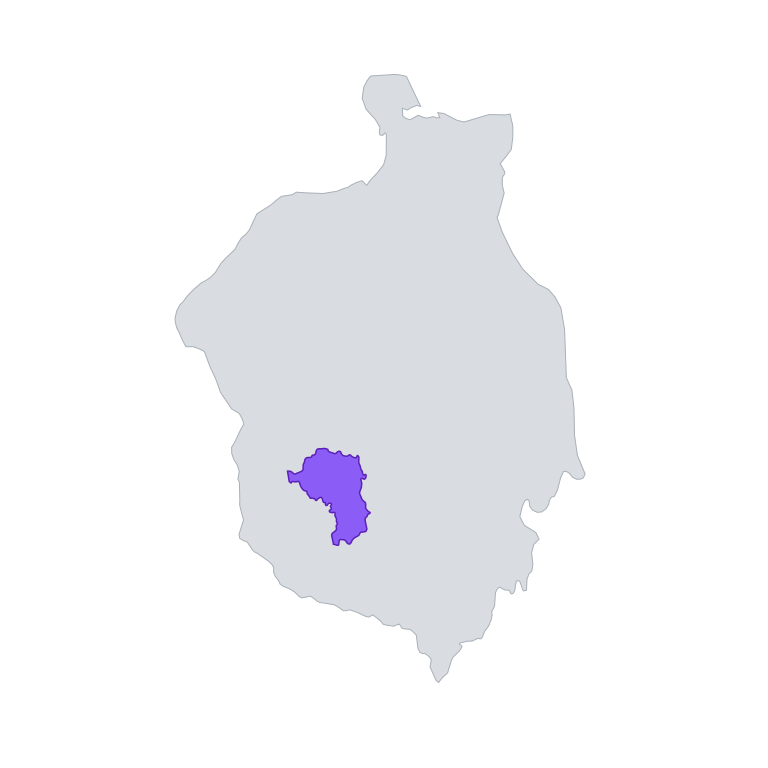 Cluj on a map of Romania (Equal Earth projection), rotated 257°
{"feature_id": "ROU-296", "entity_name": "Cluj", "entity_type": "County", "adm_level": 1, "iso_a3": "ROU", "parent_name": "Romania", "parent_adm1": "", "projection": "equal_earth", "projection_center": [23.487, 46.867], "detail": "fine", "context": "in_parent", "style": "filled", "palette": "violet", "viewbox_px": 768, "rotation_deg": 257, "n_neighbors": 0, "source": "natural_earth", "source_scale": "10m", "svg_char_len": 6802}
<svg xmlns="http://www.w3.org/2000/svg" viewBox="0 0 768 768"><g transform="rotate(257 384 384)"><path d="M590.8,424.4L597.8,433.0L606.5,437.6L626.5,442.4L628.2,441.8L628.4,440.9L627.0,439.7L626.7,438.1L627.6,436.1L630.4,436.0L634.9,437.8L643.4,435.2L655.7,428.4L667.2,427.0L677.9,431.1L683.4,435.8L687.1,440.3L686.2,445.8L685.6,449.3L683.3,463.6L681.6,469.0L678.7,475.0L646.1,482.2L648.1,478.7L647.2,472.7L645.7,468.1L648.6,464.0L641.2,462.5L638.0,464.8L635.6,468.7L638.1,477.8L634.7,482.8L633.4,485.6L633.4,492.3L631.4,495.1L631.1,498.3L636.3,497.5L634.1,503.2L624.6,514.3L621.3,520.9L622.9,547.1L618.9,562.8L618.7,567.5L608.2,567.6L605.0,567.3L595.0,564.9L583.8,560.7L577.0,552.6L572.7,546.8L563.3,549.4L561.5,548.7L558.9,545.9L551.7,544.0L542.9,544.0L523.0,533.4L520.8,531.6L505.3,533.4L482.2,538.7L464.6,545.1L446.5,556.6L439.2,565.4L430.6,570.1L418.4,573.5L396.5,572.2L373.6,567.8L349.1,563.1L335.9,565.7L318.0,563.7L291.0,558.1L270.9,556.4L251.1,559.7L247.8,557.2L247.1,554.2L247.9,550.1L250.7,546.8L255.5,544.3L258.0,541.8L258.3,539.2L252.9,535.0L241.9,529.3L237.4,525.7L236.3,524.8L236.0,521.6L233.7,519.1L229.5,517.3L226.2,514.0L223.9,509.1L224.4,504.6L227.7,500.3L232.0,498.5L237.2,499.1L239.4,497.9L238.5,494.9L233.5,491.1L224.2,486.5L214.7,489.0L205.0,498.6L198.0,500.2L193.8,493.7L186.2,489.8L175.4,488.6L168.7,486.1L166.2,482.3L161.5,479.4L151.0,476.4L150.9,473.5L152.6,472.8L156.3,472.5L161.3,471.9L162.2,470.2L162.2,468.7L158.3,466.8L154.3,465.4L152.3,464.1L151.0,462.7L150.7,461.2L151.9,460.1L153.5,460.1L155.1,459.2L156.0,455.7L158.2,452.8L159.8,451.7L159.7,449.6L158.1,447.6L155.9,445.9L152.8,444.8L142.8,441.8L137.8,437.6L134.8,437.5L129.9,435.2L124.7,431.5L120.2,426.3L115.4,423.0L114.1,421.6L114.0,420.3L114.9,418.9L114.9,417.3L113.7,412.2L114.7,406.9L114.5,401.9L114.5,399.6L113.6,398.9L112.7,399.7L111.5,400.7L110.3,400.8L106.7,397.2L102.3,389.7L99.2,387.3L93.2,383.8L88.2,381.0L84.7,374.8L80.9,370.0L83.5,368.0L98.0,365.2L104.7,368.0L107.7,366.9L110.7,364.7L112.4,362.9L112.7,361.0L114.2,358.7L119.1,357.6L132.0,359.0L137.3,355.7L139.2,353.9L140.4,349.9L141.8,346.7L146.5,345.0L146.5,342.1L145.8,338.9L148.6,331.9L150.2,329.0L152.9,327.9L156.1,325.7L161.6,321.1L160.3,317.0L161.5,314.1L167.3,306.8L171.7,299.8L171.6,296.3L172.3,293.3L176.2,290.0L180.2,285.6L185.7,272.1L187.6,269.8L191.1,267.2L193.7,264.7L194.1,255.8L196.5,253.2L201.2,250.3L205.8,245.7L209.6,240.3L212.5,237.7L216.4,237.0L220.6,234.9L225.2,234.1L229.7,235.1L232.6,234.6L236.9,232.0L248.0,222.0L249.5,220.0L251.8,218.6L260.8,215.2L263.0,211.8L266.1,208.7L270.1,208.9L283.0,216.5L296.8,216.1L299.4,216.3L300.2,216.5L301.9,217.1L320.3,220.9L323.2,220.5L324.0,220.2L331.4,223.3L337.9,222.9L344.2,220.7L350.7,220.0L356.6,221.3L361.2,225.7L373.0,235.0L376.6,238.5L382.0,238.0L387.9,236.3L393.9,230.0L412.3,222.9L426.5,221.2L440.2,218.3L456.2,216.3L460.7,210.5L463.2,206.6L464.9,199.3L473.4,197.2L481.6,195.7L484.5,194.8L490.4,194.5L495.0,195.1L502.2,198.7L507.3,203.2L509.4,206.8L513.8,211.9L518.5,219.0L523.6,228.5L524.8,233.3L526.8,238.5L530.7,244.9L537.9,251.9L538.9,253.2L542.3,258.2L548.7,269.1L554.0,273.5L558.7,278.3L561.0,283.2L564.4,287.5L572.1,293.4L578.5,298.6L583.8,313.9L587.5,320.9L589.9,326.3L589.1,337.1L590.6,341.8L588.0,350.3L583.3,367.5L582.4,381.2L583.5,388.6L583.8,393.4L585.1,396.4L586.6,402.7L587.0,408.1L585.2,409.7L582.6,411.0L581.6,412.1L584.1,414.6L587.5,419.2L590.8,424.4Z" fill="#d9dde1" stroke="#a8b0b8" stroke-width="1"/><path d="M320.8,270.4L320.2,272.8L319.6,273.7L318.8,274.5L316.7,276.0L316.3,276.9L316.3,277.8L316.6,278.7L317.3,283.2L317.6,284.2L318.0,285.0L318.7,285.7L319.5,286.1L323.1,287.0L324.1,287.5L325.4,288.6L326.1,289.0L327.5,289.6L328.5,290.2L329.3,291.3L329.6,292.3L329.5,293.4L329.2,294.4L329.1,295.4L329.0,296.6L329.5,297.2L330.6,297.9L330.8,298.4L330.6,299.0L330.5,299.6L330.6,300.6L331.1,301.2L331.9,301.8L334.1,302.9L335.3,304.0L335.6,305.1L335.5,306.4L335.1,307.6L334.7,310.9L334.4,312.0L333.0,314.5L331.0,314.7L330.5,315.2L329.8,316.0L327.4,320.1L327.2,321.0L327.2,321.7L327.5,322.3L328.1,322.9L328.5,323.7L328.6,325.1L328.2,326.0L327.6,326.5L325.3,326.9L324.5,327.2L323.4,328.2L322.8,329.3L322.1,331.0L322.0,332.0L322.2,332.7L322.5,333.4L322.7,334.1L322.6,335.0L322.2,335.4L320.9,336.2L320.0,337.0L318.8,338.7L318.5,339.7L318.8,340.7L320.3,341.9L319.8,342.6L318.7,343.0L317.9,343.0L313.9,341.9L312.7,341.7L310.3,342.2L309.4,342.3L306.5,342.3L305.9,342.4L304.7,342.9L303.9,343.1L300.9,343.1L300.2,343.3L299.8,343.7L299.8,344.2L300.0,344.7L300.1,345.3L300.0,345.7L299.5,346.0L298.6,345.9L297.6,345.6L296.3,344.8L295.8,344.0L295.7,343.3L296.0,342.7L296.6,342.0L297.0,341.2L297.0,340.5L296.6,340.1L295.9,339.8L293.9,340.0L292.7,340.0L291.3,339.7L288.2,338.6L284.6,336.2L283.7,335.8L282.6,335.6L276.2,336.7L273.9,338.2L273.3,338.8L272.7,339.1L271.9,339.2L270.8,339.1L267.9,338.3L266.7,338.3L266.1,338.5L263.5,339.9L263.0,340.3L262.4,341.2L261.9,341.5L261.4,341.4L261.0,340.8L260.9,340.3L260.8,339.3L260.5,338.9L259.9,338.4L259.1,337.9L258.6,337.4L258.2,336.9L257.6,335.8L256.8,335.3L255.3,334.9L246.4,334.7L244.4,333.1L244.5,330.1L244.8,328.0L244.5,327.4L243.9,326.8L243.2,326.4L242.6,325.9L242.0,324.9L240.9,321.1L240.1,319.4L239.3,318.2L236.8,316.2L236.0,315.2L235.8,314.5L236.0,313.8L236.3,313.2L236.9,312.7L237.6,312.2L239.9,311.3L240.5,310.9L240.9,310.3L241.3,309.7L241.6,308.8L241.9,307.8L242.2,306.3L241.8,305.5L241.1,304.9L237.8,303.8L237.3,303.4L237.2,302.9L237.4,302.1L238.8,299.7L239.3,298.6L240.0,298.8L247.6,298.9L248.7,299.1L249.4,299.5L250.0,299.9L250.5,300.7L251.6,303.1L252.3,304.2L252.9,304.9L253.7,305.2L256.1,305.4L256.7,305.6L257.1,305.9L257.4,306.4L257.7,306.8L258.2,307.0L258.8,307.1L260.2,306.8L261.0,306.8L261.7,306.9L262.4,307.2L263.3,307.3L264.4,307.2L265.6,306.8L266.6,306.6L267.3,306.7L268.7,307.2L269.5,307.2L270.1,306.8L270.3,306.2L270.2,305.5L270.2,304.8L270.4,304.3L271.2,302.7L271.7,302.2L272.4,302.1L273.0,302.4L273.4,303.0L273.8,304.3L274.1,304.6L274.7,304.8L276.0,304.4L276.7,304.3L277.2,304.5L277.6,304.9L278.0,305.4L278.5,305.8L279.1,305.7L279.6,305.4L280.2,304.2L280.2,303.5L279.9,302.7L279.3,302.1L278.7,301.5L278.5,300.8L278.7,300.2L279.7,299.8L280.3,299.9L281.4,300.2L281.8,300.1L282.0,299.0L282.3,298.5L283.0,298.2L283.8,298.1L285.2,298.1L286.0,298.0L287.0,297.8L287.6,297.3L287.8,296.5L287.7,295.9L287.2,294.1L286.9,293.5L286.0,292.6L285.8,292.1L285.9,291.5L286.2,291.1L287.5,290.8L287.9,290.5L288.0,290.1L288.5,289.2L288.9,288.4L289.0,287.7L289.1,287.0L289.4,286.5L292.3,285.5L293.7,284.7L294.5,284.5L295.2,284.5L295.9,284.7L296.5,284.7L297.0,284.4L297.5,283.4L298.0,282.4L299.0,281.4L301.2,280.4L303.3,279.8L307.0,279.4L308.0,279.1L308.5,278.3L308.4,276.8L308.7,275.2L309.0,274.3L309.4,273.6L309.5,272.9L309.5,272.4L308.5,271.1L310.3,269.7L320.8,270.4Z" fill="#8b5cf6" stroke="#5b21b6" stroke-width="1.5"/></g></svg>